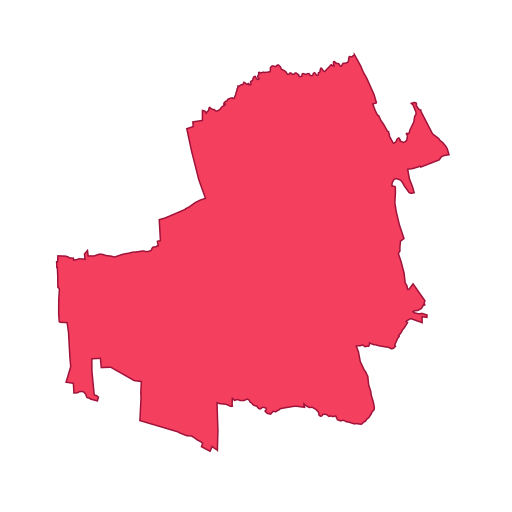 Arcani, Gorj, Romania (Equal Earth projection), rotated 263°
{"feature_id": "2599482B98207441284100", "entity_name": "Arcani", "entity_type": "district", "adm_level": 2, "iso_a3": "ROU", "parent_name": "Romania", "parent_adm1": "Gorj", "projection": "equal_earth", "projection_center": [23.138, 45.073], "detail": "fine", "context": "isolated", "style": "filled", "palette": "rose", "viewbox_px": 512, "rotation_deg": 263, "n_neighbors": 0, "source": "geoboundaries", "source_scale": "gbopen_adm2", "svg_char_len": 6052}
<svg xmlns="http://www.w3.org/2000/svg" viewBox="0 0 512 512"><g transform="rotate(263 256 256)"><path d="M437.6,285.8L437.1,283.1L437.9,281.8L437.8,281.0L435.9,280.9L434.2,279.5L433.1,279.7L431.8,280.7L430.9,280.0L431.2,278.9L431.8,278.2L434.4,277.1L434.4,276.4L433.9,275.5L432.9,274.8L430.8,274.1L429.8,271.9L428.0,272.1L426.6,271.5L426.7,270.0L428.1,269.9L428.1,269.2L427.5,268.0L427.7,267.3L428.8,266.7L429.9,265.2L427.7,263.7L427.7,262.1L426.5,259.4L426.8,258.7L425.3,258.5L423.8,257.4L422.5,257.3L420.9,256.2L418.8,255.7L417.1,254.5L415.4,253.8L415.0,252.8L415.9,251.7L415.8,250.3L415.1,247.4L413.5,245.9L413.2,244.5L411.6,242.8L410.9,242.6L410.5,244.0L409.6,243.6L409.3,242.9L409.4,242.2L408.8,241.7L407.8,239.8L406.1,238.3L404.9,236.0L404.6,234.7L405.1,233.3L406.4,232.6L406.7,230.9L408.1,228.9L409.2,228.3L408.6,227.4L406.2,226.6L405.1,225.0L403.8,224.0L406.0,223.0L407.0,220.6L397.1,219.3L396.8,209.7L392.1,209.4L390.8,202.8L368.2,204.8L338.8,208.5L319.4,212.9L318.3,207.5L316.5,202.4L312.7,195.3L311.5,191.9L310.8,191.1L304.7,169.9L303.9,164.4L282.9,163.0L282.6,159.9L278.0,160.2L278.1,159.1L277.2,157.5L277.4,155.0L276.6,154.0L274.3,152.6L273.6,149.2L273.7,147.7L274.8,144.6L274.6,137.4L274.8,133.6L274.4,131.3L274.0,124.3L272.2,115.3L273.5,112.3L274.7,107.2L276.1,104.4L276.8,101.9L276.8,100.0L275.8,95.4L276.5,89.4L282.0,89.4L278.9,86.0L273.5,85.9L274.0,84.5L274.8,79.8L274.2,77.6L274.2,74.5L276.1,74.5L276.3,73.2L277.0,70.3L277.8,69.7L279.1,66.9L280.3,59.4L274.5,58.4L274.6,57.4L268.9,56.9L268.8,57.4L260.5,56.8L249.1,55.5L247.8,56.6L246.8,56.8L236.8,54.9L222.8,53.1L215.0,52.7L214.6,52.8L214.0,53.9L212.9,60.4L203.1,60.6L177.5,58.9L168.7,58.6L153.9,52.1L151.9,59.2L142.2,58.6L142.0,62.0L142.9,64.5L142.7,66.8L142.2,68.3L139.8,70.0L136.1,71.0L135.2,73.2L134.1,74.4L131.5,80.9L135.1,82.4L137.0,80.6L137.6,78.7L139.0,78.5L161.5,79.1L174.0,80.5L173.4,89.1L164.1,88.8L163.3,98.3L147.2,119.9L145.4,126.9L134.5,125.0L129.2,124.6L106.8,120.7L90.9,157.2L90.0,158.2L86.1,165.3L85.1,170.6L84.4,170.8L83.9,171.8L80.6,175.3L78.3,178.6L76.6,180.2L73.4,178.6L67.8,186.6L72.3,189.2L69.5,192.1L68.6,193.5L67.9,194.0L87.2,196.9L115.1,199.4L113.9,201.9L112.5,208.2L109.9,212.5L109.7,213.8L109.9,214.3L111.8,214.2L117.5,215.2L115.2,217.3L115.6,218.1L115.7,220.5L114.5,222.6L114.0,226.4L115.1,229.8L114.1,231.4L111.6,232.5L110.4,233.9L108.7,234.9L107.6,236.5L106.9,238.5L105.2,239.3L103.9,240.7L103.7,241.5L104.0,242.5L104.8,243.3L105.0,244.3L104.7,245.6L103.6,247.6L101.6,247.2L101.2,246.2L100.8,246.1L98.8,247.6L98.0,248.9L98.1,249.7L97.2,250.9L97.6,251.7L99.6,253.8L99.6,255.2L99.0,256.1L99.3,257.4L99.9,258.2L100.5,260.2L101.4,261.2L101.7,264.1L102.2,275.7L101.8,278.5L99.9,285.7L101.9,285.4L103.4,285.6L101.4,287.2L99.4,290.0L99.1,290.9L99.0,293.4L96.4,296.8L93.3,299.0L90.4,299.2L89.1,300.4L89.2,301.6L90.0,302.7L90.7,303.0L90.7,303.7L90.2,306.5L87.9,308.9L88.1,310.9L87.2,312.7L87.5,315.5L87.1,316.0L85.7,316.0L84.5,316.8L83.6,316.8L82.0,319.9L82.4,322.2L81.6,324.1L80.4,325.5L80.0,327.4L77.4,333.1L77.4,335.3L76.2,339.7L76.4,340.6L78.0,342.7L78.6,344.4L80.2,345.7L81.9,348.3L85.2,351.2L87.1,352.1L88.3,353.8L89.6,354.7L91.3,355.0L96.3,354.7L104.0,353.4L107.5,353.4L114.6,352.1L122.8,352.3L127.7,350.7L129.5,349.6L138.6,346.6L148.5,346.0L154.4,344.5L154.6,345.4L154.2,348.3L154.7,351.1L152.7,353.1L152.9,355.1L152.7,356.8L154.0,357.7L155.8,358.1L153.7,361.9L153.4,363.7L152.2,366.3L150.1,373.0L149.3,376.3L147.4,379.0L147.5,380.9L149.3,383.4L150.9,382.9L156.9,386.5L158.9,388.4L159.7,387.9L161.8,390.3L164.8,392.4L166.7,394.5L171.5,398.3L172.6,397.0L173.3,397.6L175.0,402.0L169.6,412.8L175.5,413.4L174.2,418.1L176.6,418.6L178.9,413.6L178.6,411.4L178.9,410.1L180.4,406.1L181.5,405.0L182.2,405.7L182.3,410.2L183.8,413.8L187.0,416.3L186.7,417.2L186.9,417.6L188.7,417.1L191.0,418.2L209.2,408.5L204.8,404.3L204.2,402.8L205.0,402.4L208.0,402.2L211.2,400.8L220.8,400.9L232.1,399.4L241.2,397.6L243.5,399.5L246.7,399.8L253.1,401.2L255.3,405.0L269.6,402.1L283.0,400.6L292.0,400.3L301.8,402.1L307.5,402.7L308.1,402.2L309.1,399.4L312.1,400.1L314.5,401.7L315.4,402.8L315.7,403.8L315.5,405.2L313.9,408.3L313.0,409.3L311.1,410.3L307.6,411.7L300.4,415.6L299.4,417.2L299.3,419.1L299.6,420.7L305.5,419.8L313.9,417.7L323.6,417.1L323.7,422.5L325.1,430.2L324.2,430.4L329.1,449.6L331.8,452.0L332.5,453.8L332.8,455.1L333.0,459.9L339.0,458.9L341.7,457.8L345.9,455.1L348.5,452.5L350.4,451.6L355.7,446.1L379.5,437.3L380.8,437.4L381.1,436.3L383.1,434.6L384.0,434.5L385.2,433.5L388.0,433.8L388.6,433.2L389.0,432.1L389.1,431.0L388.7,430.1L388.7,428.9L388.4,428.6L387.5,429.9L386.6,430.3L379.3,432.3L376.9,432.0L375.5,430.6L369.7,428.9L362.4,424.2L359.4,422.9L358.9,422.3L359.4,420.7L359.2,420.2L358.7,420.1L357.8,420.8L356.0,420.8L352.6,419.7L351.4,418.3L350.7,416.3L352.7,412.9L353.7,413.3L355.7,412.2L355.8,411.8L354.4,410.0L352.3,408.9L351.2,406.6L351.4,405.9L358.5,403.1L360.6,403.1L362.3,402.6L363.1,402.8L364.0,401.6L371.0,398.8L375.5,396.4L380.4,394.9L380.8,393.9L385.3,392.2L392.7,390.4L393.2,393.9L393.6,394.2L401.6,392.9L418.9,387.6L426.3,384.6L431.6,383.2L444.2,378.1L443.2,377.8L442.7,376.4L442.1,375.7L442.0,374.9L442.6,373.3L442.4,372.8L441.0,372.1L439.0,371.8L437.2,370.8L436.5,368.8L436.6,365.8L434.9,364.6L434.0,363.6L434.5,362.7L436.7,361.6L437.7,358.9L439.3,357.7L439.5,357.2L439.3,356.7L438.5,356.4L435.2,356.6L435.0,356.0L435.3,355.3L436.6,354.4L436.4,353.3L435.4,352.4L430.8,346.7L431.2,345.6L434.1,344.1L434.5,343.8L434.5,343.2L433.0,342.4L431.4,342.1L430.7,341.6L430.3,340.3L428.2,339.9L427.8,339.1L428.3,337.9L430.2,337.0L430.8,336.1L430.3,335.3L428.4,334.2L428.1,332.9L428.9,331.7L430.6,330.8L430.7,329.4L430.1,327.7L431.4,324.8L431.0,324.0L429.0,323.5L428.6,321.6L429.3,320.5L430.6,320.5L432.8,318.0L432.8,317.1L431.7,315.7L431.9,314.0L432.9,313.6L433.6,312.1L432.6,311.1L432.3,310.2L432.4,309.8L433.0,309.1L435.0,308.2L436.6,306.6L438.3,303.9L440.7,303.3L442.5,301.9L443.0,301.2L442.9,300.4L441.6,298.7L442.7,295.4L442.5,294.8L441.3,293.3L437.8,292.7L437.1,292.2L437.1,287.0L437.6,285.8Z" fill="#f43f5e" stroke="#9f1239" stroke-width="1.5"/></g></svg>